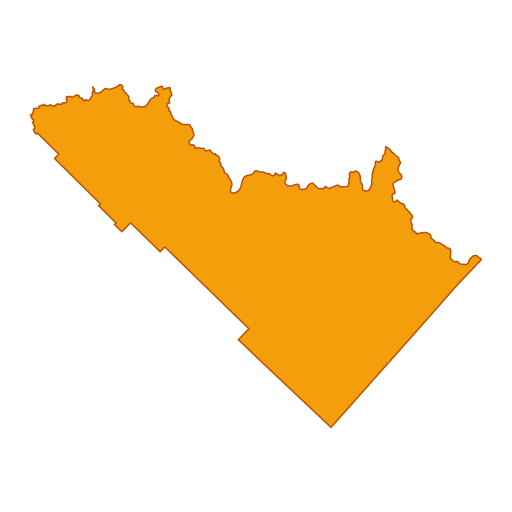 General Belgrano, Buenos Aires, Argentina
{"feature_id": "61730980B33550812065578", "entity_name": "General Belgrano", "entity_type": "district", "adm_level": 2, "iso_a3": "ARG", "parent_name": "Argentina", "parent_adm1": "Buenos Aires", "projection": "natural_earth1", "projection_center": [-58.766, -35.854], "detail": "fine", "context": "isolated", "style": "filled", "palette": "amber", "viewbox_px": 512, "rotation_deg": 0, "n_neighbors": 0, "source": "geoboundaries", "source_scale": "gbopen_adm2", "svg_char_len": 5951}
<svg xmlns="http://www.w3.org/2000/svg" viewBox="0 0 512 512"><path d="M401.8,177.5L401.6,175.7L401.4,175.1L398.7,172.0L397.9,169.9L398.2,169.1L398.6,166.9L399.4,164.7L400.2,163.7L400.5,162.3L399.4,160.8L398.7,158.7L398.6,157.6L396.4,156.3L393.4,153.1L392.1,152.2L390.7,150.5L389.9,149.9L389.1,148.6L388.2,148.3L386.3,146.9L385.6,147.1L385.5,147.5L385.8,149.5L385.1,150.9L385.3,152.2L384.6,154.0L382.8,156.0L382.4,158.8L382.0,160.1L378.7,162.3L378.3,162.3L376.4,161.1L375.9,161.2L375.6,161.7L375.2,162.7L375.4,164.5L375.2,165.7L373.5,169.3L372.4,173.5L372.2,177.7L371.6,180.6L371.9,182.6L371.3,185.7L369.8,188.8L368.2,190.7L367.7,190.9L365.7,191.0L364.1,190.6L362.9,190.0L362.4,189.2L362.6,186.7L361.8,183.5L360.6,182.1L360.2,180.7L360.5,179.3L360.1,175.7L358.5,172.7L356.2,171.2L355.2,171.0L354.3,172.0L353.5,172.4L351.9,171.9L351.1,171.9L350.4,172.2L349.6,173.0L349.4,174.9L349.8,175.9L349.7,176.6L348.9,179.5L349.1,182.3L348.4,185.3L347.4,186.3L345.0,186.8L343.5,186.9L342.4,186.6L340.7,186.9L338.2,185.2L336.8,185.3L335.9,185.5L334.6,186.4L330.9,187.6L329.5,188.5L328.3,188.3L325.5,186.6L324.6,186.9L323.8,188.4L323.3,188.8L321.2,188.5L319.9,188.8L318.1,188.4L316.3,186.6L314.7,185.4L313.0,183.3L312.5,183.1L311.3,183.3L308.9,184.6L308.3,185.3L307.4,187.3L306.3,188.4L305.0,189.2L302.1,189.6L300.3,189.1L299.4,188.6L299.1,186.8L299.1,185.3L298.3,184.4L297.3,184.3L294.5,184.7L292.4,185.8L289.3,186.1L286.9,185.3L285.2,183.7L284.8,182.2L284.8,181.6L285.2,180.6L286.0,179.6L286.5,178.4L285.8,174.6L285.2,173.1L284.8,172.7L284.0,172.4L283.4,172.7L282.5,174.5L281.0,174.9L280.2,175.7L279.5,175.7L278.2,174.5L276.4,173.8L275.7,173.0L275.4,173.1L274.9,174.6L274.2,175.6L272.7,175.7L271.6,175.5L269.5,173.8L266.7,173.5L262.7,171.9L260.6,172.2L258.7,171.4L257.6,171.4L256.2,170.6L255.8,170.6L253.9,172.1L253.0,173.7L251.6,174.6L250.1,174.8L248.8,175.5L247.1,175.5L244.5,176.8L242.9,179.3L241.5,183.8L241.3,185.3L240.6,187.8L238.5,190.9L235.2,192.8L234.0,193.2L231.3,192.5L230.5,191.6L230.5,190.6L230.7,188.8L232.0,184.5L231.9,183.2L230.5,180.0L229.0,177.9L227.9,175.1L226.0,173.5L225.3,173.2L224.2,172.1L224.1,171.1L223.4,168.4L221.0,166.2L220.9,164.3L219.2,160.8L219.7,158.9L219.4,157.8L218.4,156.3L217.5,155.6L216.4,155.2L215.7,154.3L215.6,154.7L214.7,153.8L212.9,153.5L212.3,153.1L211.9,152.3L211.3,152.0L210.7,150.7L209.7,149.9L208.4,150.6L205.3,150.8L204.2,148.7L203.3,148.3L201.6,148.4L197.4,147.6L196.1,148.2L194.9,148.3L194.7,147.3L194.9,146.7L194.7,146.0L194.3,145.6L193.4,144.9L190.7,144.8L190.0,144.4L189.5,143.4L189.1,141.8L189.2,141.3L190.0,140.3L191.8,139.1L192.4,137.7L193.3,136.7L194.0,134.7L193.4,133.1L193.1,131.3L192.4,129.9L192.1,128.3L190.6,126.6L190.2,125.3L189.4,124.7L188.2,124.5L184.1,124.6L182.4,124.3L177.1,121.2L175.7,120.9L172.9,118.3L172.5,116.9L171.0,114.3L170.7,112.0L169.1,111.1L169.1,109.0L168.7,107.9L166.6,105.7L167.3,103.6L168.9,103.4L169.8,102.3L169.0,100.5L169.3,98.8L169.5,98.1L171.9,95.0L171.7,94.1L171.2,93.2L171.2,92.4L170.3,90.7L170.1,87.8L169.6,87.6L167.9,88.0L166.3,88.1L165.1,89.1L164.0,89.3L163.1,88.9L162.7,87.0L162.1,86.4L161.5,86.2L156.8,88.2L155.6,89.3L155.3,90.1L155.3,90.9L155.8,91.5L157.0,91.6L157.6,92.1L158.9,94.9L158.7,95.6L157.7,95.8L155.3,95.4L154.9,95.6L154.3,96.2L153.9,97.6L152.0,98.1L150.2,99.8L147.3,104.4L145.8,106.1L143.1,106.9L141.0,107.0L138.4,106.1L137.2,106.6L135.6,106.8L133.8,105.5L133.4,103.9L132.8,103.2L131.2,103.4L130.5,103.0L130.2,102.6L130.1,101.1L128.9,99.9L128.7,96.7L128.5,96.1L127.2,94.9L126.4,93.5L124.1,91.5L123.7,89.8L122.4,89.0L122.2,88.5L122.8,86.6L121.7,85.3L120.4,84.6L119.8,84.6L117.8,86.2L114.8,87.8L110.1,89.2L108.2,89.4L106.3,88.6L105.2,88.5L103.5,89.7L101.2,92.0L98.4,93.2L95.5,93.1L94.4,91.8L94.4,90.7L94.7,89.9L94.4,89.2L93.3,87.9L92.7,86.5L92.7,88.1L93.9,89.9L92.9,91.3L92.1,93.8L92.6,94.9L92.1,96.1L91.2,96.8L90.4,99.1L89.0,100.4L88.0,100.5L86.6,100.1L86.1,99.6L84.2,100.8L82.9,99.7L82.4,98.4L80.5,98.1L79.4,97.1L79.4,96.3L79.1,95.9L77.0,94.9L74.9,95.7L73.2,97.0L72.6,97.2L69.2,96.3L68.1,96.9L66.5,96.7L66.3,98.2L66.5,99.4L67.1,100.2L66.9,101.5L65.7,102.7L62.9,102.8L62.4,103.0L62.1,104.0L61.7,104.1L59.9,104.3L57.4,103.9L55.8,104.8L55.3,106.1L54.9,106.2L52.7,106.1L51.8,105.4L50.1,104.9L49.7,104.9L49.1,105.6L47.2,105.7L45.1,105.3L44.6,104.6L44.2,104.4L43.7,104.5L43.3,105.2L42.6,105.6L41.6,105.1L39.1,106.3L39.0,107.7L38.8,107.9L37.4,108.3L33.9,108.5L33.5,109.5L33.5,110.3L33.1,112.1L32.3,113.6L32.4,114.4L32.1,114.7L30.7,114.9L31.1,115.4L31.2,117.1L32.3,119.0L33.2,119.4L33.9,120.3L33.5,121.3L32.4,122.1L32.5,122.4L33.4,123.6L33.4,124.8L34.2,125.5L34.8,126.8L34.6,128.2L33.4,129.5L33.9,130.0L33.9,130.8L34.6,132.4L36.2,134.1L37.3,133.0L58.8,154.1L54.6,158.5L100.4,203.9L98.6,205.7L116.0,223.0L114.5,224.5L121.9,231.7L130.6,222.8L160.1,251.7L164.8,246.9L248.9,328.8L238.4,339.7L260.3,360.7L331.0,427.4L416.0,331.8L457.3,284.9L481.3,259.6L480.5,258.3L478.6,257.6L477.1,255.8L476.0,255.4L474.1,255.6L473.1,256.0L469.6,259.4L468.9,260.8L468.4,263.0L467.2,264.0L465.7,264.7L463.9,264.3L461.0,264.4L459.3,263.4L457.8,261.6L456.5,261.4L454.6,261.6L453.4,261.3L452.7,260.8L450.7,258.4L450.2,257.3L450.7,253.7L450.7,250.5L450.3,249.0L448.1,248.0L446.9,247.9L444.8,246.2L439.7,242.9L437.6,242.5L436.3,242.6L435.6,242.3L433.7,240.2L431.1,238.1L430.9,237.5L431.0,236.3L430.5,235.0L429.4,233.9L426.4,232.6L424.9,232.4L421.0,232.9L418.2,233.5L416.9,234.1L416.4,233.9L415.9,232.5L413.7,231.1L412.5,229.7L412.0,228.5L411.9,227.0L412.3,224.4L411.1,223.0L410.7,220.2L411.1,219.0L412.4,217.9L412.2,216.9L412.3,216.0L411.8,215.0L409.9,213.1L409.5,211.8L408.3,211.2L407.8,210.7L407.6,210.1L405.1,208.0L404.8,207.2L404.8,206.2L404.5,205.3L403.2,203.9L401.3,203.4L399.6,202.4L397.2,200.1L396.1,200.6L395.4,201.8L393.4,201.8L392.9,201.6L392.5,200.7L392.5,197.9L392.1,196.4L392.4,194.4L393.3,193.7L394.6,193.6L395.0,193.0L394.7,190.5L393.0,185.5L393.1,184.3L393.5,182.9L397.6,180.4L400.6,179.3L401.4,178.5L401.8,177.5Z" fill="#f59e0b" stroke="#b45309" stroke-width="1.5"/></svg>